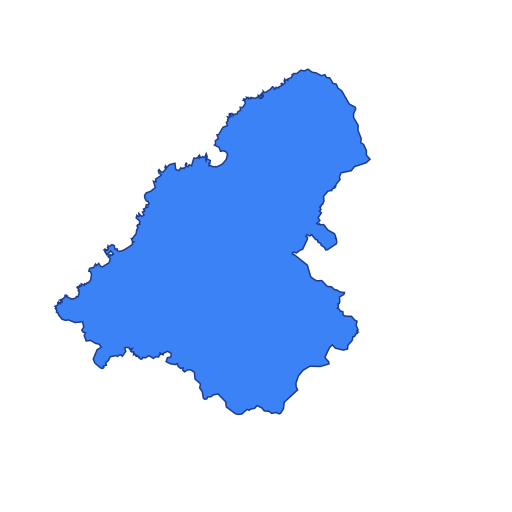 Pacitan, Jawa Timur, Indonesia (Albers equal-area conic projection), rotated 129°
{"feature_id": "22746128B46377021687256", "entity_name": "Pacitan", "entity_type": "district", "adm_level": 2, "iso_a3": "IDN", "parent_name": "Indonesia", "parent_adm1": "Jawa Timur", "projection": "albers", "projection_center": [111.181, -8.102], "detail": "fine", "context": "isolated", "style": "filled", "palette": "blue", "viewbox_px": 512, "rotation_deg": 129, "n_neighbors": 0, "source": "geoboundaries", "source_scale": "gbopen_adm2", "svg_char_len": 6131}
<svg xmlns="http://www.w3.org/2000/svg" viewBox="0 0 512 512"><g transform="rotate(129 256 256)"><path d="M333.9,139.4L332.3,142.5L329.7,144.9L322.6,147.6L315.0,147.5L307.8,144.8L301.4,136.5L294.0,131.4L292.5,132.8L291.7,138.0L290.6,138.9L281.0,141.2L276.9,140.7L277.7,136.3L274.2,129.0L270.7,126.3L267.7,128.4L260.9,128.1L257.7,130.0L256.6,128.8L253.6,129.3L252.4,128.6L251.6,129.7L250.8,128.8L250.4,130.4L249.3,130.1L246.7,134.7L243.1,136.5L243.7,139.2L242.8,143.8L246.6,148.9L247.0,151.1L244.6,153.5L245.7,155.8L244.7,159.1L245.3,159.9L243.2,160.2L241.7,162.2L240.6,161.4L238.7,162.2L235.4,165.3L230.5,163.5L228.7,164.3L231.0,167.8L231.6,172.1L232.8,173.6L232.4,177.9L234.8,181.5L233.7,189.4L237.0,193.1L237.7,196.7L237.7,200.5L230.8,210.3L230.9,227.1L231.7,229.1L230.7,229.6L229.3,229.1L228.1,226.4L224.0,225.6L221.5,224.0L210.4,226.7L209.0,227.8L209.5,229.5L207.4,230.0L206.6,226.8L204.4,226.3L205.7,219.9L204.8,218.5L206.2,216.7L205.5,213.5L206.6,212.3L206.3,208.1L207.4,205.7L206.3,204.5L196.2,201.3L194.8,201.6L191.8,204.7L192.3,205.4L190.7,206.4L189.3,209.0L190.6,216.5L189.0,223.2L191.3,225.7L190.9,227.1L192.2,227.3L192.5,229.2L188.1,228.7L187.3,231.8L181.3,232.3L181.3,235.0L179.1,234.7L177.7,237.3L176.8,236.6L174.8,237.5L174.0,236.7L170.7,237.7L167.1,241.0L160.2,240.9L157.4,238.3L156.2,239.0L153.0,237.5L152.7,239.0L151.3,238.0L150.0,238.9L143.7,238.8L142.1,240.9L137.8,242.2L129.7,235.6L124.7,235.8L114.1,229.0L109.0,228.3L108.2,233.7L104.5,236.6L101.6,242.7L102.0,245.9L98.5,248.2L94.2,255.8L90.2,258.8L86.9,267.4L83.9,269.7L78.9,271.1L77.9,272.6L79.2,279.1L73.7,293.3L74.0,297.9L71.9,301.9L73.4,304.6L71.2,310.9L73.0,313.6L71.7,316.5L74.7,318.6L75.8,324.3L77.9,328.2L78.1,333.2L81.8,334.9L83.3,338.0L88.7,339.2L90.4,341.5L92.5,342.0L92.5,341.3L95.1,340.8L98.0,342.5L99.4,341.8L99.2,343.0L101.1,343.5L100.5,345.0L102.5,344.1L103.2,342.4L105.5,342.7L105.5,344.2L106.3,343.7L106.5,344.5L107.5,343.2L110.0,344.6L111.0,344.1L112.4,346.6L113.4,345.9L115.0,346.7L113.8,348.2L114.1,349.7L117.7,349.8L122.6,351.4L123.7,352.5L123.4,354.1L124.4,353.1L125.8,353.9L127.0,350.9L127.9,350.8L130.0,351.0L130.7,351.6L130.9,352.4L129.7,351.2L127.1,351.5L127.4,353.2L128.3,353.3L127.8,353.9L130.0,354.0L129.8,355.3L130.7,354.6L134.0,355.8L135.9,359.6L136.9,359.1L136.9,360.1L138.4,360.5L137.5,362.6L138.2,361.6L138.7,363.3L139.4,362.4L141.0,362.6L141.6,364.4L143.1,363.9L142.2,362.8L144.4,360.2L149.3,359.9L150.4,361.9L152.6,359.7L155.2,360.9L157.3,360.1L160.1,362.6L161.1,362.2L160.3,364.3L161.8,365.9L162.9,363.6L163.1,365.6L165.0,363.8L165.8,365.7L166.5,363.8L167.7,364.0L168.6,362.8L170.9,363.1L172.6,360.2L176.8,362.7L184.7,361.4L186.4,362.6L188.4,359.1L191.9,360.2L194.7,357.8L195.9,358.1L194.8,353.1L197.0,349.5L194.8,347.6L194.0,345.4L194.5,342.4L199.6,339.9L205.8,340.0L211.2,342.5L213.9,346.0L214.5,349.4L216.1,348.9L213.6,350.8L212.9,350.2L210.6,351.6L211.3,355.2L213.3,354.8L211.6,356.5L209.7,356.2L207.8,359.1L211.6,357.9L212.4,360.1L213.9,360.3L214.4,361.5L213.2,363.4L214.7,363.5L215.9,362.2L215.9,363.3L217.7,363.9L219.0,365.9L226.4,362.9L227.1,365.3L229.6,365.1L229.6,367.0L233.2,366.9L233.1,367.7L234.8,368.6L234.7,369.9L238.2,369.7L239.2,373.0L234.9,377.3L239.2,380.6L243.4,381.2L242.9,383.1L244.5,382.5L244.8,380.9L249.3,381.0L250.4,382.9L249.8,385.7L251.1,385.7L252.8,383.2L252.3,381.5L253.1,380.4L259.4,382.4L261.3,380.4L262.5,382.8L266.1,377.3L272.3,378.7L275.8,381.0L278.9,380.8L280.7,379.3L282.2,375.9L281.6,374.0L283.0,372.0L283.9,371.7L285.1,373.5L287.1,372.5L286.5,371.2L290.4,373.0L291.1,370.8L293.3,371.9L294.7,368.8L297.2,369.7L296.7,373.8L298.5,371.9L299.7,373.0L299.4,374.2L301.8,373.1L302.1,367.9L304.0,367.3L304.5,366.2L306.1,367.6L307.6,367.4L308.3,365.4L310.7,365.2L314.1,363.2L320.3,363.1L320.9,363.8L322.5,361.1L322.0,359.8L323.7,360.3L325.3,359.3L334.8,362.5L338.3,364.9L339.2,367.0L337.9,368.4L339.5,369.9L337.1,372.8L337.8,375.1L341.9,376.4L341.4,377.3L343.0,376.6L343.1,375.4L345.0,375.0L345.7,377.8L346.9,378.0L346.3,375.9L347.7,376.3L349.0,372.4L343.5,372.1L344.1,368.1L346.0,368.3L346.6,370.0L347.7,369.4L347.7,370.7L349.5,370.6L349.9,367.4L353.8,366.0L361.1,368.5L361.9,370.3L360.8,373.6L363.8,374.0L363.3,375.6L366.9,374.9L370.4,377.5L373.0,376.4L372.3,374.8L373.8,372.3L378.5,369.5L382.4,369.5L382.9,370.4L384.9,370.4L385.4,371.8L386.8,371.0L387.6,374.3L389.4,372.9L389.9,374.6L391.3,373.6L391.7,375.1L393.0,375.4L393.7,372.1L394.7,372.3L395.4,370.5L399.7,368.6L400.4,370.0L402.7,369.8L405.3,371.9L406.6,376.6L405.8,377.3L406.9,378.1L405.9,379.0L406.7,379.7L407.6,378.8L410.6,379.0L413.6,380.7L412.8,378.4L414.0,377.7L414.6,378.8L416.1,378.0L415.9,380.3L416.9,379.7L417.1,380.6L418.7,379.2L421.7,380.6L421.8,378.5L423.2,378.8L423.5,376.7L425.3,375.7L424.9,373.6L426.0,372.4L427.2,366.9L425.8,363.4L423.7,361.6L421.6,354.8L416.3,349.4L419.7,345.1L423.3,344.7L424.0,342.6L423.0,340.2L425.9,339.5L428.9,334.5L425.7,331.4L424.9,325.7L423.2,322.2L424.4,318.9L428.9,320.5L438.6,317.6L440.6,313.8L440.8,306.5L440.1,304.5L438.5,304.0L437.6,305.4L435.1,303.5L433.6,305.6L430.3,304.9L426.0,305.9L421.3,301.9L421.3,300.5L418.2,299.6L418.0,296.8L412.0,297.2L410.1,300.2L408.9,299.5L407.1,297.0L408.0,295.5L405.9,293.9L408.7,293.7L409.0,292.6L407.6,290.8L409.7,289.1L408.4,288.9L409.2,287.0L408.1,286.2L409.2,285.7L407.8,283.8L408.7,283.2L408.6,280.5L407.5,279.7L406.1,280.2L404.7,277.8L400.8,276.5L400.2,271.4L397.4,270.5L395.7,268.1L393.8,268.9L392.7,268.3L391.8,269.4L391.3,266.1L389.7,266.7L385.7,264.7L385.1,260.7L386.1,259.8L388.4,258.7L390.7,260.9L394.7,259.3L393.5,254.3L390.8,249.9L389.1,249.5L390.8,246.8L390.8,243.9L388.9,242.2L390.8,241.1L391.0,238.6L387.6,237.5L385.7,235.4L385.1,230.8L390.0,225.9L390.3,218.7L394.0,216.7L395.4,212.3L399.7,207.2L399.5,205.6L397.9,204.3L396.0,204.8L393.5,202.3L390.9,201.9L387.1,198.7L388.4,187.9L392.0,184.0L391.5,172.6L390.3,170.2L387.6,167.5L380.9,166.5L380.2,164.2L378.5,164.0L375.3,161.2L371.6,161.0L370.4,155.9L371.2,152.1L368.5,148.2L368.4,144.8L365.0,141.8L364.2,138.8L362.7,137.9L357.6,138.5L351.8,142.0L333.9,139.4ZM229.4,368.3L228.1,367.6L227.6,368.5L228.3,368.8L229.4,368.3Z" fill="#3b82f6" stroke="#1e3a8a" stroke-width="1.5"/></g></svg>